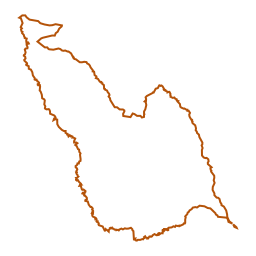 the district of Nova Mutum, Mato Grosso, Brazil
{"feature_id": "56859067B34604900194854", "entity_name": "Nova Mutum", "entity_type": "district", "adm_level": 2, "iso_a3": "BRA", "parent_name": "Brazil", "parent_adm1": "Mato Grosso", "projection": "orthographic", "projection_center": [-56.149, -13.522], "detail": "fine", "context": "isolated", "style": "outline", "palette": "amber", "viewbox_px": 256, "rotation_deg": 0, "n_neighbors": 0, "source": "geoboundaries", "source_scale": "gbopen_adm2", "svg_char_len": 5728}
<svg xmlns="http://www.w3.org/2000/svg" viewBox="0 0 256 256"><path d="M136.0,240.5L136.9,240.6L137.8,239.8L140.1,239.9L142.3,239.1L143.1,239.3L143.6,238.4L144.5,238.0L144.9,237.5L144.3,236.9L145.1,236.3L145.7,237.5L147.6,237.9L147.4,238.5L148.1,238.5L149.4,236.5L150.6,236.4L151.0,236.8L152.1,236.3L152.6,235.3L154.5,234.1L156.2,235.1L157.7,234.5L157.6,235.1L158.3,235.0L158.8,234.7L158.0,233.9L158.5,233.2L159.2,233.1L159.6,234.3L161.1,233.2L162.6,233.3L162.8,231.2L163.2,230.8L163.8,231.2L165.2,229.6L163.7,229.5L163.9,229.0L167.1,229.1L167.2,229.6L166.6,229.8L167.7,230.3L168.2,230.1L168.2,228.1L168.7,227.7L171.7,227.4L173.4,226.3L175.0,226.9L175.8,225.6L177.7,226.0L179.4,225.6L179.5,226.1L183.2,224.4L183.8,223.4L184.8,223.5L185.2,222.9L185.2,219.4L185.7,217.4L185.2,216.4L187.3,214.1L187.7,212.5L188.6,212.1L189.6,210.4L191.7,209.1L192.8,207.6L195.4,207.1L197.0,207.5L199.6,205.7L204.5,206.3L207.7,208.0L210.4,208.4L215.4,213.2L215.9,214.5L217.4,215.4L218.0,216.8L226.8,217.7L227.8,219.3L228.5,221.9L232.4,223.6L229.5,221.5L228.7,220.2L227.3,217.0L227.1,214.4L226.2,210.5L223.9,206.6L221.5,205.2L221.5,204.1L220.3,202.2L219.5,199.0L218.2,197.8L216.6,197.6L214.4,195.2L214.4,193.4L212.6,189.9L212.8,186.9L214.6,182.9L213.7,180.3L214.3,177.8L214.2,175.7L211.1,171.6L211.4,170.6L210.7,169.8L210.4,168.1L211.6,167.3L207.9,164.1L207.8,162.6L208.6,161.3L208.3,159.3L206.6,157.9L205.4,158.1L203.7,157.5L202.0,155.5L201.9,150.0L202.6,148.0L201.6,145.3L202.3,144.4L202.4,142.6L199.4,137.1L198.9,134.6L197.0,132.9L196.8,131.6L195.7,130.3L196.0,128.3L195.2,125.3L192.6,123.2L192.1,121.7L192.5,121.3L191.6,120.1L191.9,119.7L190.8,118.9L189.5,116.5L189.2,114.6L190.0,112.9L188.6,110.7L187.4,110.8L187.3,109.8L186.8,109.9L184.4,108.5L183.8,108.7L181.3,107.6L180.3,106.7L179.9,104.0L177.6,101.6L178.2,101.0L176.7,100.3L176.7,99.3L175.2,98.7L174.4,97.5L172.8,97.9L170.5,96.8L170.7,95.9L170.2,95.1L170.5,94.0L169.6,92.1L169.2,91.8L167.5,92.4L167.5,91.7L165.6,90.8L165.6,90.2L165.0,89.8L164.9,90.4L163.9,89.9L163.7,89.4L164.1,89.0L162.6,86.4L161.5,85.5L160.5,85.9L159.7,85.3L159.2,85.4L157.8,88.1L155.7,88.7L153.7,92.5L153.0,92.4L152.8,92.9L146.8,96.0L145.6,97.3L146.1,99.0L146.0,100.7L145.4,100.6L144.6,101.5L145.7,102.0L146.3,105.0L145.3,109.3L144.1,111.4L144.0,113.3L144.4,114.2L144.0,114.8L144.0,116.9L141.9,117.5L140.5,115.9L137.1,115.9L134.5,114.1L132.7,113.5L130.5,117.1L123.3,116.0L123.1,113.9L124.4,111.3L124.3,110.4L123.0,109.5L119.6,109.4L117.1,107.3L114.7,107.2L110.3,100.1L110.0,98.2L108.6,96.5L109.5,95.0L109.0,93.6L107.8,92.3L107.0,90.5L105.1,89.7L105.0,89.0L104.1,88.7L103.9,85.1L102.3,83.9L102.3,83.1L101.1,82.6L101.2,81.9L99.8,81.7L98.0,78.9L95.9,78.1L96.5,77.1L96.4,76.4L94.6,75.1L94.1,71.7L92.7,71.4L92.9,70.4L90.6,67.4L89.8,65.5L88.8,64.3L87.1,63.4L86.5,62.1L84.2,61.8L81.9,62.3L79.7,62.2L75.9,59.3L74.5,59.0L73.6,57.3L73.3,57.7L71.1,53.4L68.5,51.5L67.5,51.5L65.2,50.5L63.6,50.8L62.0,50.5L60.4,49.1L58.5,48.5L53.4,49.7L49.2,49.3L48.5,49.0L47.3,47.4L44.9,47.4L44.2,46.9L37.5,41.6L41.2,38.4L43.0,37.7L52.2,35.5L54.8,35.6L55.7,33.2L57.7,31.7L59.2,28.6L61.7,26.4L61.9,25.4L55.6,24.2L52.2,25.2L49.5,25.4L44.6,24.5L40.3,23.2L38.2,21.1L29.5,19.6L26.6,17.3L25.3,15.4L22.3,15.4L19.3,17.7L20.9,18.3L22.6,23.1L20.7,27.2L21.9,28.4L21.0,29.3L21.1,29.9L21.6,31.5L22.5,31.9L22.1,33.1L23.8,34.9L24.2,36.7L24.9,37.4L24.8,38.1L26.7,38.6L26.2,40.7L26.5,42.9L27.4,42.3L28.2,42.4L28.8,43.6L27.2,44.0L26.6,44.9L27.6,47.2L27.4,48.3L25.5,48.6L24.8,49.6L25.6,52.3L25.0,54.3L23.9,55.1L23.8,55.7L25.2,56.8L25.5,58.5L24.2,60.0L24.5,60.8L26.9,63.0L27.1,63.8L26.2,64.5L26.3,65.1L28.7,66.2L28.8,68.8L30.9,69.6L32.3,72.2L32.9,75.5L34.8,78.2L34.6,79.5L35.3,79.9L36.5,79.6L37.4,81.4L38.1,81.6L39.1,82.8L38.9,83.5L37.7,84.1L37.7,84.8L38.2,85.3L39.2,84.7L39.8,84.9L40.1,86.6L39.7,90.5L40.6,91.5L41.8,94.7L42.2,98.3L44.2,99.3L44.8,100.4L44.3,104.4L45.3,106.3L44.9,108.2L45.2,108.7L46.6,109.4L48.6,109.1L49.2,109.4L50.0,111.2L50.1,113.7L54.3,115.5L55.2,116.6L55.6,117.7L54.1,118.5L53.6,120.1L55.2,119.2L57.2,119.6L57.3,124.2L58.8,126.9L61.9,129.9L63.9,131.0L65.6,131.0L65.5,132.8L67.0,133.7L67.1,134.3L67.7,134.1L68.5,136.4L69.7,135.2L70.4,136.2L70.8,135.8L72.4,136.5L72.3,137.6L73.1,137.5L75.2,138.5L74.1,141.1L74.1,142.5L76.4,142.5L77.4,143.2L75.3,145.0L76.7,146.1L78.0,149.1L79.1,149.6L79.3,151.9L80.5,153.4L80.0,154.7L80.6,159.1L80.5,160.9L79.2,161.5L78.8,163.5L77.5,163.4L77.1,164.9L75.6,166.1L75.7,167.4L76.9,168.3L77.3,169.5L76.4,171.1L76.8,172.2L76.1,172.4L76.7,174.1L77.4,174.7L77.8,176.3L78.3,176.6L76.9,178.0L76.3,178.0L76.6,178.5L76.0,179.3L76.0,179.9L76.9,180.6L77.9,180.1L79.0,181.9L80.8,183.6L80.4,184.1L81.3,184.8L79.8,185.2L79.5,185.8L80.2,185.7L81.0,186.5L81.9,189.5L82.4,189.8L83.5,189.5L85.5,191.1L85.4,191.9L84.3,192.6L82.8,192.7L82.4,193.5L84.5,194.1L84.1,195.2L84.4,195.7L85.4,196.0L86.8,197.7L86.9,199.2L85.3,200.2L85.3,200.9L87.8,201.5L88.7,204.6L90.5,207.0L91.4,206.9L92.7,208.4L92.1,209.6L93.0,210.4L92.3,212.0L93.1,212.1L93.0,213.3L92.1,213.7L92.7,214.2L92.2,214.6L92.3,215.7L92.9,216.6L95.0,217.5L95.2,218.5L95.6,218.0L96.0,218.2L96.0,218.8L96.6,219.2L96.4,221.2L96.7,221.7L97.7,221.4L97.9,222.4L98.8,223.3L98.5,224.5L98.9,225.2L102.7,226.5L104.7,230.6L105.1,230.6L105.6,229.5L105.8,229.9L106.5,229.6L108.7,231.6L108.8,229.9L110.0,228.7L109.9,228.1L110.9,227.7L111.7,228.3L112.1,227.9L112.4,228.6L113.4,228.6L114.5,229.6L116.0,229.6L116.2,230.2L118.0,229.8L118.8,230.4L119.6,229.4L121.4,228.6L122.9,229.4L124.9,228.3L126.1,228.7L128.3,228.6L130.9,227.8L132.3,229.2L132.5,230.3L133.4,231.1L133.9,239.1L135.3,238.6L135.0,239.7L135.5,239.7L136.0,240.5ZM163.2,230.8L162.6,230.6L162.7,230.0L163.2,230.0L163.2,230.8ZM236.7,227.9L236.4,227.2L233.2,224.4L234.4,226.9L236.7,227.9Z" fill="none" stroke="#b45309" stroke-width="2"/></svg>